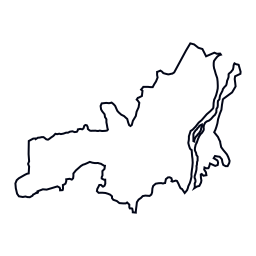 Markz Maghagha, Al Minya, Egypt (orthographic projection)
{"feature_id": "37247803B21152276423955", "entity_name": "Markz Maghagha", "entity_type": "district", "adm_level": 2, "iso_a3": "EGY", "parent_name": "Egypt", "parent_adm1": "Al Minya", "projection": "orthographic", "projection_center": [30.801, 28.641], "detail": "fine", "context": "isolated", "style": "outline", "palette": "ink", "viewbox_px": 256, "rotation_deg": 0, "n_neighbors": 0, "source": "geoboundaries", "source_scale": "gbopen_adm2", "svg_char_len": 5888}
<svg xmlns="http://www.w3.org/2000/svg" viewBox="0 0 256 256"><path d="M190.3,43.4L186.1,50.4L174.2,72.4L172.4,73.6L171.1,73.8L169.5,74.2L168.2,74.4L165.7,73.8L164.6,73.5L163.3,73.1L162.2,71.8L160.4,70.6L158.1,71.6L157.1,71.9L157.1,75.0L157.6,77.5L156.0,81.5L154.3,84.1L152.7,87.1L151.0,87.1L150.3,87.1L149.1,87.0L148.4,86.9L143.3,86.9L142.3,88.2L141.1,89.6L142.5,90.8L141.9,96.0L139.2,97.4L137.8,97.9L136.7,99.6L137.7,100.5L139.3,102.8L139.0,104.7L138.6,107.3L136.6,111.7L135.8,116.0L132.9,120.8L132.1,123.8L131.7,125.1L130.9,125.6L130.5,126.0L129.2,125.2L128.2,122.6L128.0,121.8L127.2,118.9L126.0,117.9L124.1,116.1L121.9,115.0L121.4,114.8L118.7,112.4L117.3,110.8L115.8,107.4L115.3,106.2L115.0,105.7L114.7,105.4L113.8,104.4L112.9,103.6L111.6,102.6L111.0,102.8L109.0,103.2L106.4,102.9L105.3,103.0L101.7,103.4L100.6,106.0L101.1,109.4L102.2,111.3L104.6,114.3L105.0,117.1L105.9,118.4L106.4,119.3L106.4,122.3L106.9,124.9L107.4,127.9L107.9,129.6L107.5,130.0L107.1,130.5L105.7,130.8L104.5,130.9L102.8,131.0L102.5,131.0L101.9,131.0L100.2,130.7L99.8,130.6L99.4,130.7L98.1,131.0L96.8,130.9L95.5,130.7L94.7,130.7L90.8,130.8L89.7,130.5L87.9,129.0L87.7,127.0L86.8,125.3L85.4,125.0L84.3,125.8L83.5,128.4L82.3,129.3L80.1,128.9L77.9,129.4L77.9,129.9L77.1,131.6L76.3,131.9L74.6,132.1L72.4,131.3L69.9,131.7L68.2,132.6L67.4,132.7L66.0,132.7L63.5,133.6L60.9,134.1L59.2,133.7L57.1,134.2L55.4,133.8L53.3,136.0L51.2,137.4L49.5,138.7L48.2,139.6L47.4,139.6L46.1,139.2L45.2,138.4L43.5,137.1L41.8,137.1L39.6,137.6L37.9,137.7L35.7,139.1L35.4,138.5L33.2,138.6L28.8,141.0L28.6,154.1L29.1,161.3L28.1,163.9L29.1,166.5L28.7,173.4L26.9,173.8L24.7,174.9L18.8,178.3L16.7,180.2L15.4,183.4L15.8,188.2L17.1,193.7L18.9,196.3L22.8,197.0L25.4,196.5L27.6,197.1L29.8,197.2L32.5,195.7L33.1,194.6L34.6,193.9L36.6,192.5L37.0,193.0L37.9,192.6L38.0,191.6L37.8,191.2L42.9,189.3L43.9,189.4L46.7,189.6L51.5,188.2L53.8,187.5L57.4,186.4L59.6,187.6L60.0,188.5L60.1,190.3L61.9,190.2L62.6,190.1L63.0,188.8L62.9,185.0L64.2,184.5L65.5,183.6L66.3,181.0L66.2,179.3L69.6,178.8L71.8,179.6L73.1,178.3L73.4,176.1L73.4,173.5L75.9,170.4L80.9,166.0L83.0,164.7L84.7,164.2L86.8,163.3L89.8,161.9L92.4,162.7L95.0,163.1L98.0,163.0L99.2,163.4L101.0,163.8L101.4,164.1L103.1,165.1L104.4,165.9L104.9,165.9L104.5,168.9L102.4,171.1L102.5,175.4L101.7,177.2L101.7,178.5L103.9,179.7L105.2,179.7L105.3,183.6L104.5,185.7L103.2,186.6L102.8,186.6L101.0,184.9L99.3,185.0L98.5,186.7L97.3,188.9L96.9,191.1L98.6,192.8L102.0,192.7L105.5,193.0L108.1,193.8L110.2,194.7L112.0,196.3L112.0,198.1L113.3,199.8L116.8,201.0L119.4,203.1L123.2,203.4L125.8,203.4L127.1,202.5L129.3,204.6L129.3,207.2L129.8,208.4L131.9,208.4L132.3,208.8L132.8,211.4L132.8,212.3L135.8,212.6L135.8,211.3L136.2,207.9L136.5,205.7L136.9,202.2L138.6,199.6L141.1,197.8L142.7,196.1L145.3,195.6L149.6,195.9L151.3,194.6L152.1,192.4L152.4,188.5L153.2,185.9L155.7,183.7L158.7,183.2L161.3,183.1L163.0,183.5L164.3,183.1L165.1,183.0L165.9,179.1L166.8,178.4L168.0,177.4L169.7,177.3L171.4,178.2L171.9,179.9L171.9,180.3L171.5,181.2L172.4,181.6L175.8,180.6L177.0,181.0L178.4,183.6L179.7,186.6L180.6,188.3L182.0,189.0L184.7,193.0L185.8,191.7L187.1,190.1L187.9,187.9L188.3,186.2L189.9,182.9L190.7,180.2L191.5,176.7L191.4,174.5L191.9,169.9L192.3,167.3L192.7,162.8L192.5,158.9L192.1,156.0L191.9,153.3L191.7,150.1L190.8,149.5L190.0,148.6L189.4,146.9L188.7,144.6L188.3,142.9L188.8,140.0L188.9,138.3L188.9,136.3L190.0,132.9L190.6,131.0L192.6,129.7L195.6,126.6L198.7,122.6L201.6,120.2L206.7,114.3L210.4,111.1L212.7,108.8L213.3,107.8L213.5,105.8L213.6,103.1L214.2,99.5L215.0,98.0L216.1,95.2L217.1,91.5L217.7,88.6L217.8,86.1L217.6,81.5L217.2,78.1L215.7,73.8L214.7,70.1L214.1,68.4L213.7,65.7L213.7,63.0L214.0,61.0L215.6,58.7L217.4,56.5L219.4,55.1L220.9,54.7L220.2,53.6L219.5,53.6L216.9,53.8L214.4,52.7L206.3,56.2L206.1,56.3L202.4,49.0L198.4,47.8L194.1,44.4L190.3,43.4ZM199.3,185.9L201.0,182.6L201.4,180.5L200.9,177.5L200.8,174.5L201.7,174.0L203.4,175.7L206.4,175.2L205.9,172.2L204.2,169.6L204.5,167.5L206.3,168.3L208.4,168.2L209.2,166.5L210.0,163.5L212.6,164.7L215.2,165.9L217.7,165.0L218.1,162.8L217.7,161.1L217.2,160.3L213.7,158.2L215.0,156.0L217.1,156.4L219.7,156.8L221.9,159.3L222.4,162.3L223.3,164.9L225.5,166.1L227.6,166.1L229.2,163.0L229.6,160.9L228.2,157.0L226.9,154.4L225.2,152.3L223.4,150.2L221.2,147.2L220.2,142.5L220.2,141.7L218.9,139.1L218.0,137.0L214.2,132.2L215.4,129.8L216.4,126.9L217.4,123.4L218.1,119.1L219.9,113.5L221.4,109.8L222.0,104.7L222.9,99.4L223.4,98.8L232.1,92.4L235.6,86.4L235.2,82.8L234.7,79.0L235.1,76.3L240.4,73.8L240.6,71.8L238.6,64.8L236.7,64.3L236.3,64.3L235.6,64.0L234.5,63.3L234.4,63.4L233.9,64.5L233.6,65.5L233.4,67.5L232.9,69.6L231.8,70.9L231.1,71.9L230.2,72.6L229.1,73.5L228.6,74.2L228.6,76.2L228.5,77.3L227.9,79.0L227.1,80.8L226.9,82.3L226.4,84.7L226.0,85.5L224.4,87.1L222.9,89.1L222.5,90.7L220.1,95.3L219.7,97.2L219.5,98.9L219.4,99.3L218.0,100.9L217.8,102.4L217.8,104.5L217.8,104.8L217.8,105.5L217.7,106.1L217.5,107.3L216.5,108.9L216.4,109.7L216.4,110.5L216.3,112.3L215.0,114.7L215.0,114.8L213.8,115.9L213.7,115.9L211.1,118.9L209.0,120.6L206.6,121.5L205.1,122.8L203.9,125.2L203.6,127.7L203.8,128.8L203.7,129.9L203.1,131.1L201.9,132.9L200.6,134.1L199.2,136.3L198.0,139.0L196.7,142.8L195.7,144.6L194.9,148.2L194.9,150.4L196.1,153.0L196.4,154.9L197.6,156.6L197.6,160.6L197.1,161.9L196.9,164.8L196.5,166.0L196.6,167.5L196.4,169.9L195.8,172.4L195.4,173.8L195.0,175.1L194.7,175.9L194.6,177.3L194.7,178.0L195.3,179.4L195.5,181.0L195.4,182.0L194.7,183.4L194.8,187.2L194.3,188.2L196.8,186.6L199.3,185.9ZM193.4,141.1L194.3,141.5L194.3,140.6L194.5,139.3L195.1,138.2L195.9,136.6L197.2,135.5L197.4,134.8L199.1,133.1L199.7,132.1L200.5,130.9L201.0,129.8L201.1,128.4L201.7,126.5L201.9,125.4L201.9,124.5L201.4,124.7L200.3,125.3L199.2,126.1L198.9,126.8L197.1,128.6L197.0,129.1L196.7,129.5L195.5,130.4L195.1,131.2L194.4,132.1L193.4,134.1L193.4,134.4L193.4,141.1Z" fill="none" stroke="#020617" stroke-width="2"/></svg>